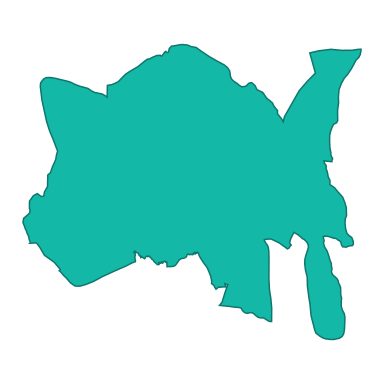 outline of Mbeya Urban, Mbeya, United Republic of Tanzania
{"feature_id": "72390352B25057310038558", "entity_name": "Mbeya Urban", "entity_type": "district", "adm_level": 2, "iso_a3": "TZA", "parent_name": "United Republic of Tanzania", "parent_adm1": "Mbeya", "projection": "equal_earth", "projection_center": [33.492, -8.905], "detail": "fine", "context": "isolated", "style": "filled", "palette": "teal", "viewbox_px": 384, "rotation_deg": 0, "n_neighbors": 0, "source": "geoboundaries", "source_scale": "gbopen_adm2", "svg_char_len": 5937}
<svg xmlns="http://www.w3.org/2000/svg" viewBox="0 0 384 384"><path d="M309.8,52.9L315.4,73.1L307.5,81.1L299.2,90.7L284.4,116.8L283.3,121.8L281.7,119.0L277.5,113.8L277.5,110.5L275.9,108.7L273.8,105.9L272.5,103.0L269.5,100.4L266.8,98.3L263.7,93.9L263.5,93.2L262.8,93.0L262.6,92.4L262.2,92.1L261.6,92.0L261.6,91.9L257.0,89.7L255.0,85.5L251.6,82.6L249.1,83.1L245.7,86.3L241.8,86.8L239.2,85.3L237.0,83.3L234.3,81.7L231.9,79.5L230.6,77.0L229.7,71.0L227.5,67.6L224.4,65.0L217.5,61.3L209.3,56.6L201.1,51.1L196.2,47.5L191.1,46.6L187.3,45.0L181.6,44.5L173.0,46.0L171.6,46.1L169.9,47.8L169.1,49.0L168.7,51.6L168.2,52.2L167.4,52.4L166.5,52.3L165.9,51.7L165.8,51.4L165.0,51.8L161.8,56.1L161.3,56.0L160.6,55.6L160.2,55.2L158.5,55.5L157.1,55.4L153.6,56.8L148.8,59.2L147.7,59.0L144.6,61.2L137.7,66.8L130.3,71.1L125.5,74.3L118.1,81.8L114.8,83.4L111.9,84.6L107.4,85.4L107.1,97.1L105.2,95.7L102.2,94.0L94.8,92.5L91.6,91.0L87.9,88.4L79.4,86.1L75.0,84.4L70.6,82.2L67.4,81.2L61.8,79.9L55.8,78.4L50.5,77.5L46.2,77.6L43.4,79.2L40.6,82.9L40.3,86.4L41.9,99.8L46.5,121.1L49.6,130.9L52.7,138.3L57.6,151.1L56.5,154.9L55.7,159.7L52.6,166.5L50.4,172.7L47.8,175.0L47.5,186.6L44.4,192.0L43.8,196.1L41.3,196.6L37.3,193.6L33.4,195.7L29.5,201.1L29.4,208.4L29.9,209.4L29.9,212.7L27.0,215.5L23.6,218.3L23.1,221.7L23.0,221.8L23.1,223.0L24.5,226.3L25.3,228.8L26.4,230.9L27.0,232.9L28.6,236.3L29.2,239.6L30.5,242.9L30.1,243.2L36.5,242.9L39.9,247.5L44.5,255.3L54.3,262.3L60.3,269.4L59.2,270.8L60.1,271.3L63.6,275.4L66.4,278.1L70.5,282.9L75.0,286.0L79.9,286.2L86.1,284.4L93.8,281.3L102.0,276.8L115.9,270.4L125.9,266.1L131.8,263.0L135.4,261.7L135.4,260.4L135.0,258.6L134.9,257.3L135.0,256.4L135.3,255.1L135.2,253.8L134.8,253.1L133.8,252.2L134.4,251.4L135.5,251.3L136.0,252.3L137.9,253.0L138.2,253.2L138.6,254.1L138.8,254.2L139.2,255.5L140.0,256.1L140.2,255.9L140.5,256.3L140.6,256.9L140.9,256.4L141.7,256.4L141.8,256.8L141.8,257.1L142.1,256.9L143.2,257.8L144.5,258.7L145.0,258.4L145.7,256.7L146.2,256.2L146.8,256.2L147.5,256.6L148.0,256.6L148.4,256.2L148.8,256.0L149.4,256.3L150.1,257.4L150.7,257.7L151.4,258.4L151.8,259.2L152.3,259.5L152.7,259.6L153.6,260.7L153.9,261.4L157.3,264.6L158.3,264.7L159.1,264.4L159.2,263.9L158.8,263.5L158.6,262.9L158.7,262.4L159.9,262.6L160.5,263.2L161.1,263.1L161.4,261.9L161.9,262.0L162.3,262.8L162.7,263.1L163.1,262.6L163.6,261.5L164.4,261.2L165.1,261.4L165.4,262.2L166.7,261.9L167.1,266.8L168.1,266.6L170.9,266.6L173.5,266.3L174.7,265.8L175.9,264.7L178.8,260.5L179.6,259.7L180.9,258.8L181.8,258.5L183.8,258.2L185.0,257.8L186.3,256.9L186.5,256.6L187.0,255.0L187.6,254.3L188.0,254.0L188.3,254.3L188.8,254.3L189.0,254.6L189.3,254.7L190.8,254.5L191.1,254.3L191.3,254.3L191.6,254.6L191.8,254.6L192.0,254.4L192.5,254.7L192.8,254.7L193.0,254.5L193.0,254.0L193.1,253.8L193.3,253.7L193.6,254.0L193.9,254.0L194.1,252.7L194.3,252.5L194.5,252.5L194.6,252.9L194.8,253.1L195.1,253.7L195.3,253.8L195.7,252.5L195.9,252.4L196.1,252.6L196.3,253.0L196.2,253.3L196.4,253.3L196.7,253.2L196.7,252.9L197.1,252.7L197.3,252.3L197.5,252.3L197.8,252.7L198.3,252.8L198.8,254.6L199.8,256.8L200.6,258.3L201.2,259.1L203.9,263.3L206.9,267.2L207.6,268.6L209.4,272.9L210.3,275.3L210.5,275.5L211.3,279.1L211.7,281.1L211.6,283.7L212.0,284.0L212.6,284.3L213.8,285.3L214.6,286.8L214.7,287.2L216.0,289.2L217.0,288.5L218.5,287.0L218.8,286.9L219.1,287.1L220.0,287.4L221.6,287.0L224.3,286.9L225.1,287.0L225.8,286.6L225.8,286.2L225.2,285.1L224.9,283.8L225.2,284.0L225.8,284.1L226.5,284.1L227.8,284.6L224.9,292.9L222.1,302.1L219.5,305.4L228.7,306.3L235.8,307.3L237.1,307.3L240.8,307.8L242.6,310.7L244.6,312.6L247.4,313.4L249.4,312.8L252.2,312.6L254.5,314.3L256.2,315.9L258.3,317.4L261.0,317.9L263.7,318.0L268.1,320.8L270.0,321.5L271.6,321.5L271.7,308.0L270.8,298.3L269.5,290.0L268.9,279.0L269.0,258.7L268.8,251.3L268.3,247.6L267.5,245.3L266.1,243.5L264.4,240.6L264.3,239.6L266.7,239.2L271.1,239.0L279.2,242.9L282.9,245.6L285.5,247.4L287.3,248.9L289.0,248.1L290.1,246.2L291.2,245.2L289.6,242.9L290.6,239.0L293.9,232.4L297.9,234.7L300.4,236.7L302.5,238.7L304.2,239.4L306.7,242.0L308.1,244.5L308.4,247.2L307.4,250.7L305.9,255.3L304.9,259.3L304.7,263.8L305.5,270.3L307.2,277.0L307.4,286.0L309.0,298.3L309.9,303.5L311.1,315.8L314.7,329.9L315.9,333.1L319.8,336.1L322.8,337.9L325.8,338.9L329.9,339.4L333.7,339.5L339.5,338.2L342.1,336.5L343.6,334.0L344.4,330.1L344.9,320.2L344.9,317.0L344.2,313.5L342.9,311.1L342.0,308.9L341.2,305.7L341.3,301.1L341.6,298.0L340.7,294.6L340.7,291.2L340.6,287.5L339.6,284.9L338.6,283.1L338.2,280.9L337.3,279.1L335.2,276.9L333.0,275.2L331.8,272.9L331.4,271.6L331.9,269.7L331.9,268.5L331.8,267.5L331.5,266.4L331.4,266.2L331.4,263.7L330.1,260.5L328.6,255.3L327.0,250.8L324.7,247.1L323.6,243.7L323.5,242.2L324.0,241.5L324.1,240.4L323.8,239.3L323.3,238.2L323.3,237.8L323.5,237.7L323.3,237.0L323.3,236.4L324.2,236.2L325.2,236.3L326.3,236.1L329.0,236.6L330.7,237.2L331.4,237.4L332.6,237.9L334.0,238.3L335.4,238.3L337.0,239.1L337.3,239.3L337.6,239.7L338.2,240.2L339.4,240.7L340.3,241.5L340.9,242.2L341.4,244.7L342.6,246.8L345.8,247.1L346.1,247.2L348.9,246.0L352.4,245.6L353.3,244.5L353.2,241.2L351.7,237.4L349.0,235.5L346.9,233.3L345.6,228.5L345.0,223.5L345.3,218.8L346.5,215.7L346.3,207.6L344.8,202.5L342.7,197.2L337.6,191.5L334.6,187.8L332.4,186.2L330.1,184.7L330.0,184.2L329.9,182.8L330.0,181.5L329.9,180.4L329.4,179.1L328.3,177.3L327.7,174.1L327.7,173.6L327.5,173.2L327.3,171.9L326.6,170.0L325.9,168.2L326.3,166.6L325.8,164.8L325.1,164.1L324.4,163.3L324.4,162.3L323.8,160.9L331.9,161.7L331.9,160.9L332.2,159.7L332.5,159.2L332.5,158.2L331.7,157.0L330.9,155.1L330.9,152.9L329.9,147.7L329.6,141.1L329.7,135.2L330.8,130.7L332.2,127.0L333.6,124.3L336.6,122.8L337.7,120.6L337.6,116.0L337.6,109.9L338.6,102.8L338.4,97.1L339.0,89.7L341.5,83.2L344.4,78.0L347.5,74.6L351.3,68.9L354.0,64.0L355.9,60.3L358.9,57.3L360.3,54.4L361.0,50.6L361.0,49.2L357.6,49.4L351.9,50.3L344.7,50.3L342.3,50.4L331.1,49.3L318.8,50.8L309.8,52.9Z" fill="#14b8a6" stroke="#0f766e" stroke-width="1.5"/></svg>